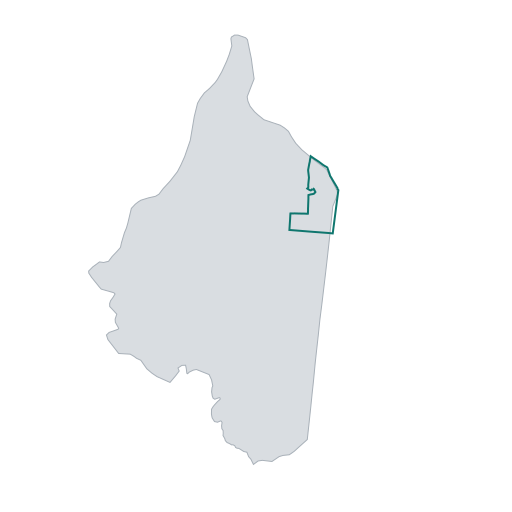 Abu Kamal, Dayr Az Zawr, Syria shown in context, rotated 307°
{"feature_id": "27442178B22276011833046", "entity_name": "Abu Kamal", "entity_type": "district", "adm_level": 2, "iso_a3": "SYR", "parent_name": "Syria", "parent_adm1": "Dayr Az Zawr", "projection": "albers", "projection_center": [40.768, 34.588], "detail": "fine", "context": "in_parent", "style": "outline", "palette": "teal", "viewbox_px": 512, "rotation_deg": 307, "n_neighbors": 0, "source": "geoboundaries", "source_scale": "gbopen_adm2", "svg_char_len": 3731}
<svg xmlns="http://www.w3.org/2000/svg" viewBox="0 0 512 512"><g transform="rotate(307 256 256)"><path d="M102.9,184.1L106.6,184.7L114.4,189.9L115.7,189.8L118.4,183.6L120.8,181.5L125.8,179.8L127.6,169.6L130.0,167.7L132.8,166.8L137.0,166.7L140.8,166.3L141.1,164.5L136.4,152.3L137.0,149.4L140.0,137.5L141.7,132.8L143.3,131.4L149.1,132.2L157.1,134.6L159.1,138.2L163.0,141.4L169.0,141.4L175.9,142.2L181.3,142.6L185.6,140.6L195.5,136.9L200.3,135.7L204.8,134.0L219.0,127.8L224.6,128.4L228.4,129.4L231.3,130.5L237.8,135.2L243.2,139.8L247.0,141.3L253.9,141.3L263.9,142.3L276.1,142.5L283.3,141.3L292.5,139.2L308.8,133.9L330.2,122.8L342.8,117.4L348.2,116.7L355.2,116.6L362.2,118.1L370.2,119.0L373.9,118.9L382.6,117.8L393.7,115.4L400.7,113.4L409.2,110.3L414.4,105.2L416.1,104.6L418.3,105.5L419.4,105.8L421.6,108.7L424.0,116.1L424.0,116.9L423.6,119.0L418.1,125.2L410.7,133.6L405.3,138.9L396.3,147.9L389.5,149.8L377.9,153.1L374.9,156.2L372.0,161.2L370.3,168.0L369.9,172.3L369.6,180.3L372.3,188.5L375.0,196.5L375.4,201.7L375.1,206.9L372.6,212.4L369.9,220.0L368.4,228.6L367.6,244.7L367.6,258.3L367.4,260.6L362.6,270.2L356.9,281.5L354.3,284.1L341.8,287.5L328.2,295.7L312.9,304.9L298.9,313.2L284.3,321.8L269.0,330.7L258.0,337.1L243.3,345.5L229.9,353.6L216.2,361.7L205.8,367.9L190.0,377.6L180.6,383.2L166.9,391.5L154.7,398.8L140.3,407.4L122.8,404.0L117.3,402.2L113.0,397.6L109.7,395.2L101.5,392.4L96.6,384.0L93.5,381.0L88.0,379.4L90.6,374.3L91.3,370.9L93.8,366.8L92.5,363.9L92.0,358.0L91.1,356.6L90.8,355.0L91.7,353.2L91.4,351.2L90.5,350.3L90.2,347.4L89.6,345.2L90.1,342.6L91.4,340.9L92.8,337.7L94.3,336.8L96.8,334.8L97.5,332.7L99.7,330.7L102.6,329.1L103.2,327.8L102.9,326.9L100.1,325.3L98.8,322.5L100.3,318.5L101.3,317.3L103.0,315.5L106.9,312.7L109.9,312.4L112.4,312.5L116.7,312.9L120.0,313.6L120.9,312.9L120.8,311.9L116.8,309.3L116.6,307.4L117.8,305.4L120.8,302.3L124.4,300.1L126.2,299.7L130.3,295.1L133.1,289.9L129.5,276.7L127.1,274.6L123.2,272.6L120.8,272.2L120.7,271.4L124.0,268.2L126.4,265.5L124.0,262.6L119.6,261.1L117.9,263.9L112.2,263.9L103.3,263.4L100.1,249.6L99.8,243.6L100.2,236.7L103.4,226.8L102.4,222.1L102.4,219.0L101.9,214.6L95.5,205.0L100.1,188.1L102.9,184.1Z" fill="#d9dde1" stroke="#a8b0b8" stroke-width="1"/><path d="M320.2,303.7L357.5,282.5L357.7,282.4L358.2,282.1L358.5,280.9L358.6,280.7L359.0,280.4L359.3,280.1L360.0,278.3L360.1,278.1L360.2,277.9L363.1,270.7L363.6,269.6L363.8,269.1L364.6,267.0L366.0,265.1L366.7,264.0L366.8,263.9L369.4,260.0L369.5,259.8L369.6,259.6L369.5,258.3L369.3,257.0L369.2,256.1L369.1,254.9L369.1,252.5L369.1,251.0L369.1,250.2L369.1,249.5L369.1,249.3L368.9,246.3L368.7,242.9L368.7,241.5L368.6,241.4L368.6,240.9L368.6,240.5L368.6,239.7L367.1,240.4L365.2,241.3L364.3,241.8L364.2,241.9L364.0,242.0L363.4,242.3L362.0,242.9L357.4,245.2L356.0,245.9L355.8,246.1L354.9,246.9L352.4,249.3L350.5,251.1L344.6,254.7L344.0,255.1L343.8,255.3L343.1,255.8L342.7,256.2L342.5,256.3L342.4,256.3L342.2,256.4L341.5,256.5L341.2,256.4L340.8,256.3L340.7,256.3L340.9,258.4L341.0,259.1L341.2,259.8L341.2,260.0L341.4,260.3L341.7,260.4L342.0,260.5L342.5,260.6L342.8,260.6L342.9,260.9L343.0,261.0L343.3,261.5L343.6,261.9L344.0,261.9L344.3,261.8L344.3,262.0L344.2,262.2L344.1,262.4L343.6,263.4L343.2,264.1L342.9,264.9L342.8,265.0L342.4,265.0L342.0,264.9L341.7,264.8L341.2,264.9L340.7,264.8L339.9,264.3L338.8,263.3L338.2,262.7L336.5,261.4L336.3,261.2L336.1,261.3L335.4,261.8L333.4,263.3L328.8,266.5L327.5,267.4L327.4,267.5L324.9,269.2L323.9,270.0L321.6,271.6L321.0,272.0L320.8,271.8L318.8,268.9L318.1,268.0L316.6,265.9L315.3,264.1L313.6,261.7L311.4,258.8L310.9,258.1L310.7,257.9L310.3,258.2L310.2,258.2L305.9,261.1L301.0,264.3L296.9,267.0L308.2,284.8L317.9,299.9L320.2,303.7Z" fill="none" stroke="#0f766e" stroke-width="2"/></g></svg>